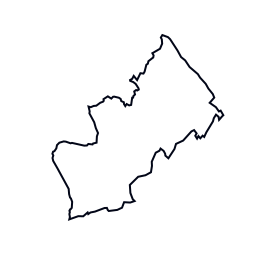 the district of Waterford City South Lea-6, Waterford, Ireland, rotated 65°
{"feature_id": "5873133B96567236235028", "entity_name": "Waterford City South Lea-6", "entity_type": "district", "adm_level": 2, "iso_a3": "IRL", "parent_name": "Ireland", "parent_adm1": "Waterford", "projection": "equal_earth", "projection_center": [-7.125, 52.212], "detail": "fine", "context": "isolated", "style": "outline", "palette": "ink", "viewbox_px": 256, "rotation_deg": 65, "n_neighbors": 0, "source": "geoboundaries", "source_scale": "gbopen_adm2", "svg_char_len": 1950}
<svg xmlns="http://www.w3.org/2000/svg" viewBox="0 0 256 256"><g transform="rotate(65 128 128)"><path d="M186.0,219.8L186.9,210.3L189.1,205.9L187.5,200.3L189.2,200.4L188.7,197.7L189.8,193.3L190.6,183.1L191.5,180.9L193.8,181.0L195.1,180.5L197.7,172.3L197.7,167.1L193.6,162.9L196.5,157.5L197.0,152.9L194.4,153.8L187.9,153.3L180.4,150.4L176.5,139.4L178.2,132.1L177.8,125.9L172.5,122.3L168.6,120.7L162.1,113.3L161.9,109.1L160.4,107.2L163.8,105.4L167.0,105.2L168.8,105.8L172.5,104.2L166.7,94.8L162.7,91.2L162.7,83.3L157.9,72.0L157.8,69.0L161.9,68.1L163.5,70.3L166.8,69.9L165.1,67.6L167.9,66.8L166.5,63.6L168.3,62.7L165.0,58.8L157.9,48.2L155.4,46.1L153.1,42.6L156.1,41.2L159.1,42.0L157.1,37.5L156.7,36.2L151.4,36.7L151.4,38.6L146.3,39.5L139.7,43.3L136.9,37.0L133.1,36.8L126.2,38.5L120.8,38.9L112.8,41.4L108.7,41.9L98.8,46.4L90.9,47.6L86.2,49.9L78.6,50.4L65.3,52.3L62.5,53.4L58.3,57.6L59.9,60.0L62.0,59.9L66.0,61.4L69.7,65.5L70.5,74.3L73.0,74.1L74.7,75.3L76.1,81.3L78.1,82.8L78.4,84.6L84.0,89.2L85.2,91.0L83.6,93.6L88.4,99.5L83.2,100.8L85.2,103.4L85.4,105.9L86.2,106.1L88.6,103.8L91.3,102.4L96.5,101.7L97.7,102.0L97.9,103.8L97.0,104.6L97.5,106.9L100.6,107.5L101.3,109.6L102.6,110.5L102.3,111.4L108.4,115.4L108.0,117.4L105.7,119.1L107.0,121.2L104.6,121.5L102.9,120.9L100.8,122.7L98.5,122.4L96.7,123.5L93.7,127.3L93.4,128.4L94.3,130.7L90.8,132.9L91.5,138.0L93.1,138.5L93.6,139.5L93.4,142.5L94.4,147.3L93.5,149.8L93.4,153.0L91.9,154.7L96.7,155.7L98.4,156.8L108.5,156.2L114.5,157.2L119.9,157.3L122.4,159.7L128.0,162.7L127.3,166.2L127.9,167.1L125.7,170.7L126.5,172.6L125.5,175.1L117.8,185.1L117.6,186.5L114.1,190.1L113.0,191.9L112.3,196.4L113.5,199.6L116.2,201.6L117.9,204.5L117.8,205.9L119.4,207.4L121.3,207.3L123.3,209.1L126.3,209.7L134.5,209.0L158.1,207.5L163.0,209.3L166.5,209.9L167.7,209.5L171.3,209.8L176.6,212.7L177.6,214.8L176.9,214.4L178.3,216.1L179.6,216.2L181.2,217.5L184.2,218.3L186.0,219.8Z" fill="none" stroke="#020617" stroke-width="2"/></g></svg>